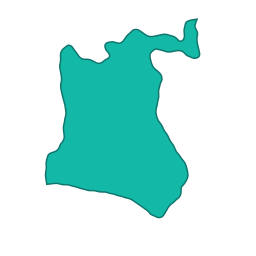 outline of Las Salinas, Barahona, Dominican Republic, rotated 167°
{"feature_id": "3306468B53490324555446", "entity_name": "Las Salinas", "entity_type": "district", "adm_level": 2, "iso_a3": "DOM", "parent_name": "Dominican Republic", "parent_adm1": "Barahona", "projection": "robinson", "projection_center": [-71.348, 18.237], "detail": "fine", "context": "isolated", "style": "filled", "palette": "teal", "viewbox_px": 256, "rotation_deg": 167, "n_neighbors": 0, "source": "geoboundaries", "source_scale": "gbopen_adm2", "svg_char_len": 3481}
<svg xmlns="http://www.w3.org/2000/svg" viewBox="0 0 256 256"><g transform="rotate(167 128 128)"><path d="M219.8,91.4L212.5,90.6L210.1,90.1L208.6,89.6L205.1,87.8L203.6,87.3L200.4,86.5L198.8,86.0L194.8,83.7L191.8,82.3L187.8,79.8L184.9,78.4L180.8,76.1L179.2,75.6L175.2,74.6L173.7,74.0L170.3,72.3L168.7,71.8L165.5,71.0L164.0,70.5L159.9,68.2L156.9,66.9L152.9,64.4L149.9,63.0L145.9,60.5L143.6,59.5L142.3,58.7L141.0,57.7L139.8,56.6L132.8,49.0L128.3,43.8L127.3,42.5L126.4,41.1L125.5,39.0L120.2,34.9L118.9,34.1L118.2,33.8L117.4,33.6L115.8,33.6L115.0,33.8L113.5,34.6L111.6,36.3L106.8,41.5L104.8,43.1L103.3,44.0L100.4,45.3L97.1,47.3L94.9,48.3L94.2,48.7L93.0,49.7L92.0,50.9L91.2,52.3L90.7,53.9L89.9,56.9L89.3,58.3L88.2,59.2L86.4,60.5L85.2,61.5L82.9,63.8L81.9,65.1L81.0,66.5L80.3,68.2L80.1,69.1L79.8,72.1L79.8,75.1L79.9,78.1L80.4,81.0L81.0,82.7L82.8,86.3L84.0,89.6L86.2,94.0L86.6,95.7L87.3,99.2L87.7,100.9L89.6,105.4L90.1,107.1L91.0,111.5L91.5,113.1L93.1,116.9L93.6,118.6L94.3,122.0L94.8,123.7L96.7,128.2L97.1,130.0L97.4,131.8L97.4,135.5L97.2,137.3L96.7,139.1L96.1,140.6L94.6,143.5L93.3,146.7L91.2,151.1L90.8,152.8L89.9,157.2L89.3,158.7L86.4,164.2L84.4,166.8L84.1,167.5L83.7,169.0L83.7,170.7L83.7,171.5L84.2,173.2L84.6,174.0L85.5,175.5L88.8,179.9L89.6,181.5L90.2,183.3L90.6,186.3L90.7,190.2L90.5,193.0L90.0,194.7L89.5,195.5L89.0,196.0L87.8,196.9L86.0,197.9L84.8,198.4L84.1,198.6L82.7,198.6L81.5,198.1L76.7,195.7L73.4,193.7L71.8,193.1L69.2,192.6L63.7,192.4L61.9,192.2L60.2,191.8L59.4,191.4L58.1,190.6L57.0,189.5L56.1,188.3L55.0,186.3L54.0,185.2L49.8,182.1L48.5,181.3L46.9,180.9L45.4,180.8L43.9,181.1L43.2,181.4L42.6,181.9L42.1,182.7L41.7,183.4L41.4,185.1L41.4,186.9L41.4,193.7L41.3,196.7L40.8,199.5L39.1,203.9L38.9,205.5L39.1,207.1L39.9,210.5L39.9,211.9L39.7,212.6L39.1,213.9L37.9,216.0L36.2,218.5L40.7,218.9L44.0,218.9L46.3,218.5L47.7,217.8L48.6,216.6L51.0,211.7L51.5,210.1L52.3,204.9L52.9,203.4L53.8,202.1L54.9,201.1L55.6,200.8L56.3,200.7L57.0,200.7L57.7,200.9L58.4,201.2L58.9,201.7L60.7,204.6L62.2,206.3L63.5,207.2L69.0,210.3L70.6,210.9L72.3,211.3L75.0,211.4L82.3,211.5L84.1,211.7L85.8,212.1L87.4,212.8L88.9,213.9L90.2,215.2L94.0,219.4L96.0,221.3L97.6,222.1L98.4,222.3L100.0,222.4L100.8,222.2L102.2,221.7L104.7,220.1L107.6,218.6L109.0,217.5L112.9,214.0L114.3,213.1L115.1,212.8L116.6,212.5L118.2,212.8L119.5,213.4L122.1,214.8L123.7,215.4L125.3,215.7L126.9,215.8L128.5,215.8L130.0,215.5L130.6,215.1L131.3,214.6L131.7,213.8L132.0,213.1L132.2,211.5L132.0,209.8L131.6,208.3L130.2,205.7L129.7,204.4L129.6,202.9L129.7,202.2L130.1,201.5L130.6,200.9L131.8,200.3L135.3,199.3L138.6,197.7L140.1,197.4L140.9,197.4L142.5,197.7L144.0,198.5L148.0,201.9L150.1,203.3L151.6,203.9L155.5,204.9L156.3,205.2L157.6,206.1L158.7,207.3L159.6,208.6L161.2,212.6L162.6,215.5L163.7,218.5L164.4,219.9L165.4,221.1L166.6,221.8L167.3,222.0L168.7,221.9L172.5,220.1L173.9,219.3L175.1,218.3L176.1,217.1L176.9,215.6L177.2,214.8L178.5,208.8L180.4,204.3L180.9,201.4L181.2,194.5L181.5,191.6L181.7,190.7L182.2,189.0L183.8,185.3L184.2,183.4L184.5,181.5L184.6,178.5L184.6,173.5L184.3,164.5L184.7,159.1L185.1,156.4L185.6,154.7L187.4,151.1L188.7,147.9L190.1,144.9L190.7,143.4L191.3,140.5L191.9,134.7L192.1,133.7L192.7,132.1L193.6,130.8L194.6,129.6L197.4,127.4L199.1,125.0L200.0,123.8L201.8,122.4L202.5,122.0L204.1,121.5L208.4,121.0L210.0,120.7L211.5,119.9L212.4,118.8L214.3,115.5L215.3,113.3L215.8,111.6L216.4,108.1L216.9,106.4L218.4,102.6L218.9,101.0L219.3,98.3L219.8,91.4Z" fill="#14b8a6" stroke="#0f766e" stroke-width="1.5"/></g></svg>